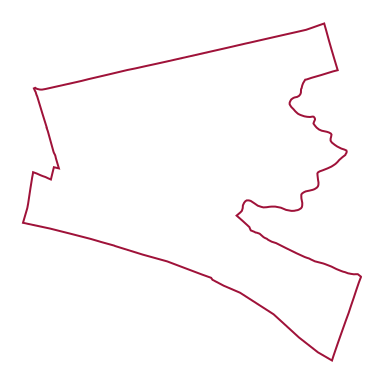 the district of Garcov, Romania
{"feature_id": "2599482B23748012739102", "entity_name": "Garcov", "entity_type": "district", "adm_level": 2, "iso_a3": "ROU", "parent_name": "Romania", "parent_adm1": "", "projection": "robinson", "projection_center": [24.633, 43.762], "detail": "fine", "context": "isolated", "style": "outline", "palette": "rose", "viewbox_px": 384, "rotation_deg": 0, "n_neighbors": 0, "source": "geoboundaries", "source_scale": "gbopen_adm2", "svg_char_len": 3134}
<svg xmlns="http://www.w3.org/2000/svg" viewBox="0 0 384 384"><path d="M309.1,258.5L306.9,257.8L304.7,257.0L296.4,253.2L286.2,248.2L276.1,243.1L271.7,241.7L268.1,239.8L266.9,238.8L264.8,237.9L263.5,237.1L261.9,235.7L260.2,234.2L259.6,233.7L256.8,232.7L255.5,232.5L254.3,231.8L250.8,230.4L250.0,228.7L249.4,227.1L243.2,221.4L236.6,215.6L240.4,212.4L241.9,210.8L242.7,208.2L242.9,205.4L244.1,202.8L245.4,201.2L246.7,200.4L248.8,200.4L250.7,200.9L254.5,203.4L257.8,205.7L261.4,206.9L263.5,207.4L266.8,207.2L269.2,206.8L271.7,206.6L275.2,206.6L280.9,207.7L286.1,209.9L291.5,210.9L294.2,210.8L296.0,210.4L297.7,210.1L299.1,209.5L301.0,208.3L301.8,207.2L302.2,205.7L302.3,203.0L301.4,198.4L301.3,195.7L301.4,194.4L302.3,193.3L304.0,192.2L305.7,191.4L309.5,190.6L312.8,189.8L314.6,189.1L316.8,187.7L317.9,186.4L318.4,184.9L318.5,182.6L318.0,179.6L317.5,175.1L317.4,173.4L318.0,172.4L319.6,171.4L322.7,170.3L327.5,168.4L331.4,166.6L333.6,165.2L335.5,163.9L337.5,162.0L339.2,160.0L342.5,157.1L345.3,155.0L345.6,154.2L346.5,152.7L346.7,151.6L346.4,150.5L344.5,149.6L341.4,148.6L337.2,146.5L334.7,144.8L331.8,142.5L330.6,140.7L330.6,138.7L331.1,136.8L331.5,134.6L330.9,133.6L329.0,132.5L326.9,131.8L321.7,130.7L319.0,129.5L316.6,127.6L314.9,125.6L313.5,123.6L313.7,122.7L314.2,121.4L315.0,119.6L315.0,118.9L314.5,117.7L313.6,116.7L312.5,116.6L310.0,117.0L307.1,116.8L304.3,116.3L300.5,115.0L298.2,113.9L296.9,112.8L295.3,111.3L293.5,109.2L291.3,107.0L290.2,105.3L289.6,104.1L289.7,102.5L290.2,101.3L291.2,99.5L293.0,98.2L294.4,97.5L297.2,96.9L299.1,95.8L300.3,94.3L300.9,92.7L301.0,90.0L301.1,89.1L301.6,88.2L302.2,85.6L303.1,83.2L305.2,79.7L306.5,79.5L311.6,77.8L321.0,75.1L333.0,71.4L337.7,70.2L334.0,57.9L331.4,49.1L328.9,40.4L326.2,30.5L325.3,27.4L324.7,25.3L324.2,23.5L319.8,25.0L312.2,27.7L306.1,29.8L297.0,31.9L285.9,34.4L271.8,37.6L259.5,40.4L249.5,42.7L245.3,43.6L227.2,47.8L212.2,51.2L166.3,61.6L156.8,63.7L145.7,66.1L135.4,68.4L127.4,70.0L108.9,74.4L88.3,79.2L82.0,80.8L76.8,82.0L45.5,89.0L42.1,89.6L40.8,89.6L39.6,89.5L38.4,89.2L37.4,89.0L36.2,88.5L35.2,87.8L34.6,88.1L33.9,88.4L35.0,90.9L35.3,91.4L35.6,91.9L36.3,94.2L36.7,95.4L37.1,96.1L39.8,105.0L42.5,113.9L46.8,127.7L46.6,127.8L47.8,131.1L52.0,146.3L53.5,151.7L53.9,152.8L55.0,154.9L55.4,156.0L55.9,158.3L58.9,168.4L53.9,167.2L52.7,172.0L50.9,179.5L48.1,178.3L45.4,177.0L43.0,176.2L40.7,175.3L36.7,173.5L33.1,172.2L32.7,174.8L32.2,177.3L31.0,184.8L30.4,188.5L29.5,194.5L28.1,203.8L27.3,208.1L23.0,222.8L50.2,228.6L70.8,233.8L90.6,238.9L99.2,241.4L100.8,241.9L114.2,245.6L115.0,246.0L142.7,254.6L167.2,261.4L201.9,274.5L211.1,277.8L212.5,279.8L223.7,285.7L240.0,292.7L273.6,314.3L277.0,317.4L299.0,337.5L317.9,352.3L332.0,360.5L333.6,355.5L337.9,343.0L340.5,335.6L343.2,328.0L345.9,320.4L348.7,312.8L351.2,305.2L353.8,297.6L356.3,290.0L358.9,282.4L361.0,276.9L360.9,276.6L357.8,274.2L355.9,274.2L353.9,274.3L350.6,273.8L348.8,273.4L348.3,273.4L344.9,272.1L343.2,271.7L341.5,271.1L339.0,270.1L336.3,269.0L331.5,266.6L329.2,265.7L324.8,264.0L323.0,263.4L319.5,262.5L316.0,261.6L314.8,261.3L313.4,260.6L311.0,259.5L309.1,258.5Z" fill="none" stroke="#9f1239" stroke-width="2"/></svg>